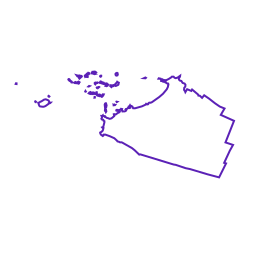 Kien Luong, Kiên Giang, Vietnam, rotated 83°
{"feature_id": "81297802B41363610148385", "entity_name": "Kien Luong", "entity_type": "district", "adm_level": 2, "iso_a3": "VNM", "parent_name": "Vietnam", "parent_adm1": "Kiên Giang", "projection": "robinson", "projection_center": [104.552, 10.196], "detail": "fine", "context": "isolated", "style": "outline", "palette": "violet", "viewbox_px": 256, "rotation_deg": 83, "n_neighbors": 0, "source": "geoboundaries", "source_scale": "gbopen_adm2", "svg_char_len": 5792}
<svg xmlns="http://www.w3.org/2000/svg" viewBox="0 0 256 256"><g transform="rotate(83 128 128)"><path d="M103.4,54.3L97.6,59.7L98.9,60.7L96.7,64.6L99.4,66.7L98.2,67.0L97.5,67.5L96.9,67.7L95.0,67.3L93.9,66.1L92.1,65.7L90.8,66.4L89.9,68.3L87.8,69.3L87.2,70.8L86.2,71.5L85.2,71.6L83.3,70.1L82.5,69.9L83.9,72.4L84.4,74.5L83.8,75.7L82.6,76.5L82.4,78.2L83.0,78.9L84.3,81.6L85.2,84.2L84.7,86.9L83.8,88.0L83.6,88.6L83.6,89.0L84.1,89.5L84.9,89.2L85.4,89.3L85.5,88.6L86.1,87.9L86.5,87.0L86.7,85.4L87.0,85.4L87.0,84.9L88.1,84.5L88.3,84.2L88.8,82.7L90.0,82.6L90.2,82.9L91.9,83.3L94.3,84.8L98.3,89.1L101.1,93.3L105.3,101.1L105.7,102.5L105.5,103.0L105.5,104.0L106.2,105.0L106.7,105.0L106.9,105.3L106.9,106.3L106.2,107.1L107.0,107.8L108.2,111.5L109.3,118.7L109.0,120.5L107.3,121.0L106.5,122.0L106.7,122.7L105.6,123.2L106.4,123.8L106.7,124.2L106.8,123.8L106.5,123.5L107.1,123.0L107.4,123.1L107.1,123.4L107.0,123.9L108.2,123.4L108.4,123.9L108.2,125.7L108.9,126.7L108.9,127.8L109.2,128.1L109.7,127.6L110.0,127.5L110.5,127.8L110.9,128.4L111.1,129.3L110.9,131.4L110.4,131.4L109.8,132.1L109.3,132.2L109.0,131.8L108.7,131.9L108.4,131.7L108.1,132.6L108.7,133.0L109.0,134.3L109.2,134.5L109.8,134.6L110.7,134.1L111.3,134.6L111.8,136.2L113.1,138.6L112.6,139.8L112.6,140.4L113.3,140.4L113.9,140.1L114.5,140.2L116.4,143.2L116.6,144.3L116.6,145.4L116.0,146.2L115.4,147.8L114.7,148.5L114.3,149.4L113.6,149.3L113.3,149.6L113.2,151.0L112.9,151.3L112.3,151.4L112.9,152.2L112.8,152.8L114.1,152.4L115.6,153.3L116.5,152.7L116.6,151.9L116.9,151.5L117.8,151.4L118.3,150.6L119.4,150.7L123.6,152.3L123.9,152.6L124.2,153.6L124.5,153.4L124.4,152.6L124.8,152.3L126.8,153.0L128.1,153.9L128.1,154.2L128.8,155.1L128.9,155.9L129.1,156.2L129.9,156.2L131.3,155.7L132.9,154.0L132.5,153.4L131.9,153.4L131.6,153.0L131.8,151.3L133.9,147.1L136.5,142.8L139.2,140.5L140.0,140.1L140.6,138.6L141.3,137.6L141.4,136.2L141.7,135.6L148.5,126.4L151.0,124.0L155.8,120.1L155.6,119.4L155.8,118.7L169.8,87.2L170.4,85.1L174.9,75.7L176.3,71.5L183.7,54.6L188.1,43.6L175.1,35.0L174.3,36.8L162.9,29.7L157.6,25.8L154.2,33.0L133.8,21.9L126.3,34.3L120.4,29.8L117.9,34.3L114.1,38.6L108.7,44.0L104.8,48.4L107.1,50.8L104.8,52.7L104.4,54.2L103.4,54.3ZM93.8,203.7L93.8,202.2L93.4,201.7L93.3,202.8L91.9,203.1L90.9,203.6L89.5,206.1L89.6,207.8L91.0,210.7L91.3,212.0L91.8,212.7L92.1,214.0L95.0,213.4L95.8,212.8L96.5,210.2L96.6,209.0L96.2,207.3L94.3,203.8L93.8,203.7ZM83.7,132.2L81.9,131.6L81.3,132.6L80.8,133.1L81.7,133.7L82.4,134.9L82.7,135.0L83.4,135.7L83.8,138.3L83.4,140.1L84.1,140.6L85.4,139.5L84.8,138.8L84.7,137.8L84.2,137.8L83.9,137.1L84.8,135.0L84.0,132.5L83.7,132.2ZM73.1,170.2L71.4,167.7L71.1,167.5L70.6,167.8L70.4,168.8L69.9,169.9L70.0,170.7L69.7,171.9L69.4,172.6L70.5,172.0L71.4,170.5L72.1,170.7L73.1,170.2ZM88.8,162.8L89.7,161.3L89.6,160.2L90.0,159.6L90.0,157.9L89.2,157.1L88.6,157.6L88.4,158.6L88.6,159.5L88.5,160.2L87.7,160.8L88.0,162.0L88.8,162.8ZM81.4,146.8L81.8,145.4L81.1,144.8L81.0,146.2L80.1,146.5L79.4,148.1L78.4,149.4L78.5,149.7L79.1,150.1L79.4,150.8L79.7,150.7L80.1,149.5L81.0,147.7L81.0,147.2L81.4,146.8ZM104.6,147.1L103.1,146.5L100.8,146.8L100.7,147.3L101.0,147.8L102.0,148.3L104.7,148.3L105.1,147.6L105.0,147.2L104.6,147.1ZM77.0,171.2L76.6,170.6L75.9,171.4L76.6,173.2L76.6,173.6L75.9,174.5L76.4,176.0L76.7,175.8L76.9,175.4L77.5,172.5L78.0,171.7L77.8,171.2L77.0,171.2ZM73.6,133.9L74.3,133.6L74.6,133.2L74.5,132.1L73.7,131.6L72.2,131.7L71.9,132.2L72.2,133.3L72.7,133.8L73.6,133.9ZM92.5,151.5L91.7,151.6L91.3,152.0L91.5,153.2L90.9,154.1L90.9,154.6L91.7,154.8L92.1,154.5L93.0,152.2L92.5,151.5ZM69.4,159.6L68.9,159.6L68.3,160.8L68.9,161.4L69.0,161.9L69.6,161.6L69.8,161.7L70.0,163.3L70.2,163.5L70.5,163.1L70.0,162.2L70.2,160.8L69.7,160.4L69.4,159.6ZM93.6,150.6L93.9,150.3L93.9,150.0L92.7,148.6L91.7,148.0L91.5,149.0L92.8,150.3L93.6,150.6ZM80.1,155.6L80.7,155.1L79.6,154.1L79.5,153.7L79.6,152.9L79.2,152.7L79.0,153.0L79.3,154.0L78.9,154.6L79.0,155.2L79.3,155.6L80.1,155.6ZM108.9,147.5L107.1,147.6L106.6,148.5L108.0,148.8L108.5,148.5L108.6,147.8L108.9,147.8L109.1,148.1L109.5,148.0L108.9,147.5ZM72.7,181.3L74.1,180.3L74.4,179.8L74.3,179.4L74.1,179.3L73.6,179.8L72.8,180.0L72.2,180.6L72.2,181.0L72.7,181.3ZM109.9,135.7L109.7,135.4L108.8,135.9L108.6,137.1L108.9,137.5L109.4,137.4L109.9,135.7ZM69.2,153.5L68.9,152.9L68.2,153.5L67.9,154.4L67.9,155.5L68.3,155.2L68.9,153.6L69.2,153.5ZM69.4,157.2L69.6,156.4L68.8,155.6L68.4,156.2L68.3,156.8L68.5,157.0L69.4,157.2ZM83.5,145.1L83.9,144.1L83.5,143.1L83.1,142.8L83.2,144.8L83.5,145.1ZM73.4,149.4L73.8,149.1L73.8,148.8L73.2,148.2L72.8,148.2L72.7,148.8L73.0,149.3L73.4,149.4ZM69.9,155.9L70.5,154.6L70.4,153.9L69.6,155.1L69.6,155.7L69.9,155.9ZM90.1,157.0L90.4,156.2L90.0,155.7L89.6,156.6L89.6,156.9L90.1,157.0ZM75.4,178.8L75.9,178.6L76.0,178.1L75.6,178.0L74.9,178.4L74.9,178.8L75.4,178.8ZM80.5,106.1L80.8,104.6L80.4,104.1L80.0,104.6L80.5,106.1ZM70.6,234.1L70.8,233.3L70.1,233.2L70.0,233.8L70.6,234.1ZM103.7,139.5L103.7,138.1L103.5,137.9L103.4,138.4L103.1,138.6L103.4,139.2L103.2,139.5L103.7,139.5ZM87.0,203.1L87.4,202.6L87.1,202.2L86.4,202.8L86.6,203.1L87.0,203.1ZM90.7,216.9L91.1,216.4L90.8,216.1L90.2,216.6L90.3,216.9L90.7,216.9ZM84.6,154.7L84.4,153.6L84.1,153.3L83.9,153.8L84.6,154.7ZM89.2,155.3L89.5,154.7L88.7,154.6L88.6,155.0L89.2,155.3ZM81.6,144.0L81.9,143.7L81.7,143.2L81.3,143.6L81.6,144.0ZM72.3,162.7L72.5,161.8L72.2,161.7L71.9,162.0L72.3,162.7ZM82.8,91.7L82.9,91.2L82.6,90.8L82.4,91.4L82.8,91.7ZM93.1,157.4L93.8,157.6L93.8,157.2L93.2,157.1L93.1,157.4ZM100.7,136.4L101.0,136.1L100.7,135.5L100.4,136.3L100.9,136.8L100.7,136.4ZM86.6,166.0L86.8,165.7L86.7,165.4L86.1,165.7L86.6,166.0ZM82.0,162.2L82.1,161.9L81.7,161.0L81.5,161.5L82.0,162.2ZM71.6,164.4L71.0,163.9L70.8,164.5L71.0,164.6L71.6,164.4ZM84.2,152.2L83.8,151.6L83.7,151.7L83.7,152.1L84.2,152.2Z" fill="none" stroke="#5b21b6" stroke-width="2"/></g></svg>